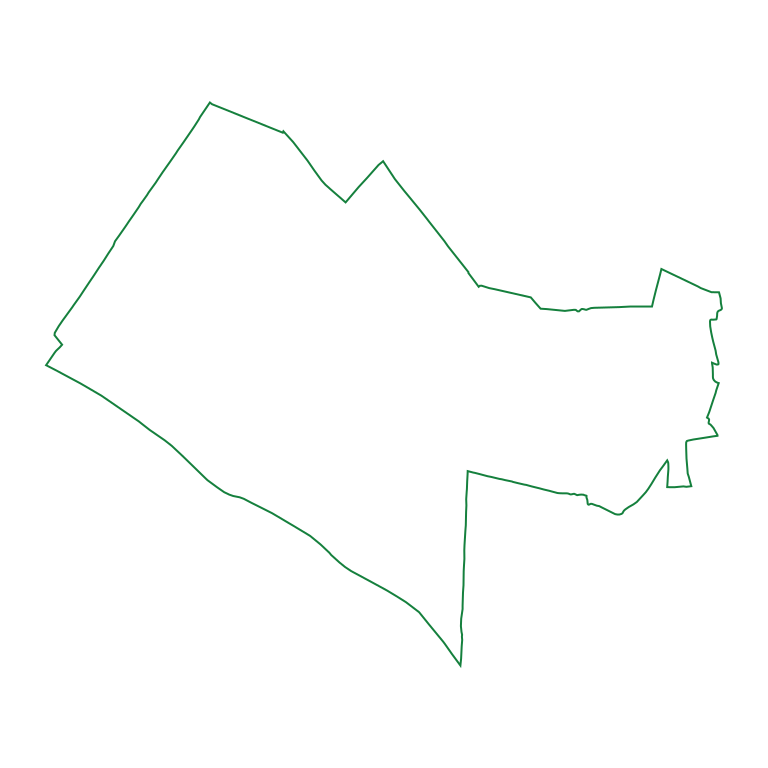 the district of Binh Tan, Vĩnh Long, Vietnam
{"feature_id": "81297802B74288530741739", "entity_name": "Binh Tan", "entity_type": "district", "adm_level": 2, "iso_a3": "VNM", "parent_name": "Vietnam", "parent_adm1": "Vĩnh Long", "projection": "albers", "projection_center": [105.803, 10.129], "detail": "fine", "context": "isolated", "style": "outline", "palette": "green", "viewbox_px": 768, "rotation_deg": 0, "n_neighbors": 0, "source": "geoboundaries", "source_scale": "gbopen_adm2", "svg_char_len": 4391}
<svg xmlns="http://www.w3.org/2000/svg" viewBox="0 0 768 768"><path d="M691.3,486.2L688.8,476.8L687.7,473.5L687.4,469.2L686.5,458.6L686.2,449.3L686.1,444.4L686.2,442.3L686.8,441.1L688.1,440.6L693.4,439.5L705.0,437.7L713.0,436.4L717.5,435.8L717.5,435.1L713.5,428.0L711.6,425.8L710.5,424.6L708.8,423.6L708.6,422.8L709.0,420.7L709.1,419.6L708.6,418.6L707.0,417.6L709.1,412.4L709.7,410.7L711.0,406.7L713.1,400.3L715.6,393.0L716.2,390.5L718.7,383.1L717.4,382.7L715.3,381.6L713.8,380.0L713.1,378.5L712.9,377.1L712.9,374.4L712.7,367.4L712.0,363.2L712.0,362.7L714.1,363.6L716.4,364.5L717.6,364.5L718.3,364.3L718.5,363.9L718.4,362.2L716.2,354.4L715.6,350.6L713.2,341.6L712.2,337.3L711.2,332.5L710.6,328.8L710.2,326.3L710.0,321.5L710.2,320.4L710.5,319.9L710.9,319.7L711.3,319.6L713.1,319.7L715.4,319.5L716.3,319.4L716.6,319.0L716.7,318.4L717.1,315.7L717.2,313.4L717.4,312.4L717.8,311.6L718.2,311.2L718.7,310.8L720.6,310.0L721.3,309.5L721.8,308.8L721.9,308.1L720.9,303.2L720.6,298.4L719.0,292.3L711.5,292.2L700.8,288.1L697.8,286.4L661.4,269.0L660.1,274.4L655.9,290.3L653.4,300.4L652.0,306.5L631.0,306.5L619.4,307.1L601.6,307.6L594.2,307.8L591.0,308.1L588.7,308.9L586.5,309.8L585.4,309.7L584.2,309.3L582.6,309.0L581.8,309.0L580.8,309.6L579.8,310.6L579.0,311.3L577.6,311.3L576.9,310.8L575.8,309.9L574.0,309.8L564.9,310.9L546.9,309.1L540.6,308.7L535.2,302.6L530.8,297.4L505.3,291.6L494.7,289.2L489.2,288.1L481.6,285.7L479.8,285.8L478.7,286.8L474.9,281.7L468.4,273.0L468.4,272.1L448.0,246.3L444.3,241.0L428.8,221.3L427.6,219.7L419.4,209.3L407.8,195.2L404.4,191.1L394.9,179.1L383.1,161.2L382.2,162.0L378.6,164.9L367.0,178.0L358.6,187.1L345.6,202.4L330.1,188.9L328.8,187.7L325.5,184.8L321.6,180.5L314.4,170.6L307.5,160.6L302.0,153.5L293.2,142.1L283.4,131.3L282.8,132.7L212.0,104.2L209.9,102.5L200.0,117.1L198.9,119.3L194.6,126.0L192.4,129.3L185.6,139.2L183.9,141.7L177.7,150.5L176.0,153.2L170.1,161.7L165.2,168.6L164.1,170.2L163.0,171.7L157.7,179.6L155.7,182.7L150.2,190.3L148.6,192.5L147.1,195.0L142.6,201.3L140.8,203.7L138.7,207.2L133.3,215.1L128.9,221.4L126.5,225.0L124.3,228.2L118.7,236.2L118.4,236.6L115.0,241.3L113.3,246.0L108.3,253.5L103.8,260.6L98.9,267.8L94.2,275.0L89.4,282.1L83.8,290.5L79.8,296.6L73.5,305.4L72.3,307.2L62.6,320.5L58.7,326.2L54.8,332.8L54.5,335.2L58.5,340.2L62.1,344.7L59.7,347.4L58.1,348.9L56.1,350.8L54.7,352.6L46.1,365.2L55.4,370.0L80.4,383.4L101.3,395.6L138.8,421.4L141.7,423.7L149.9,430.1L162.4,438.7L164.7,440.3L171.7,445.8L183.5,456.9L205.8,478.6L207.5,480.2L217.0,487.2L224.2,492.2L227.6,493.8L229.2,494.6L233.2,496.0L237.7,496.9L239.7,497.3L243.8,498.8L251.4,502.8L260.6,507.4L272.1,513.2L289.3,523.4L292.9,525.5L310.1,535.9L320.6,544.5L329.5,552.9L331.2,555.0L339.5,562.5L345.2,567.1L351.2,571.1L372.9,582.8L387.0,590.5L395.8,595.8L404.6,601.3L406.0,602.2L408.9,604.4L419.1,612.2L428.7,624.1L443.2,641.7L444.7,643.7L452.0,654.1L460.4,665.5L461.1,658.7L461.7,646.2L462.2,639.9L461.9,636.7L462.1,634.8L461.5,631.9L460.9,626.1L461.2,618.7L462.6,609.0L462.6,605.5L463.0,592.5L463.5,585.3L463.7,571.1L464.0,565.3L464.4,558.9L464.3,550.3L464.5,545.1L465.4,530.5L465.8,525.4L466.1,511.9L466.4,505.5L466.2,499.2L466.7,491.6L466.9,489.2L467.2,481.1L467.6,474.0L467.7,471.1L473.4,472.6L474.6,472.8L479.3,474.0L486.4,475.9L487.5,476.2L491.1,476.9L499.4,478.9L501.9,479.3L505.1,480.1L512.0,481.5L512.9,481.9L517.8,483.1L524.3,484.6L526.2,484.9L528.7,485.6L532.0,486.5L536.5,487.6L539.4,488.3L543.8,489.5L549.3,490.8L552.2,491.6L555.2,492.4L557.4,493.0L559.2,493.2L561.7,493.3L563.8,493.3L565.9,493.3L567.2,493.4L568.0,493.5L568.9,493.8L570.1,494.3L570.7,494.4L571.7,494.3L573.4,493.9L574.1,493.9L574.5,493.9L575.1,494.2L576.6,494.9L577.0,495.1L577.5,495.1L578.4,494.9L579.8,494.7L581.0,494.6L581.8,494.6L582.5,494.7L583.2,494.7L583.7,494.8L584.2,495.1L585.2,495.4L586.1,495.6L586.5,495.8L586.5,497.6L587.3,499.9L587.5,501.7L587.7,503.8L588.2,504.5L588.8,504.7L590.8,503.8L592.0,503.9L594.4,504.8L596.9,505.7L599.2,506.1L601.5,507.3L611.1,512.1L615.1,514.1L617.2,514.5L619.5,514.5L621.5,513.9L622.5,513.2L623.0,512.2L623.9,510.7L625.2,509.5L628.8,507.0L633.4,504.4L636.8,502.0L643.1,495.2L645.8,492.2L648.3,488.8L651.4,484.0L655.2,477.7L660.0,470.2L662.2,467.3L666.4,461.5L667.2,460.4L668.1,462.3L668.3,463.8L668.4,466.7L668.4,469.4L667.8,477.1L667.6,481.3L667.2,487.1L670.1,487.2L674.7,487.2L683.4,486.4L686.4,486.8L691.3,486.2Z" fill="none" stroke="#15803d" stroke-width="2"/></svg>